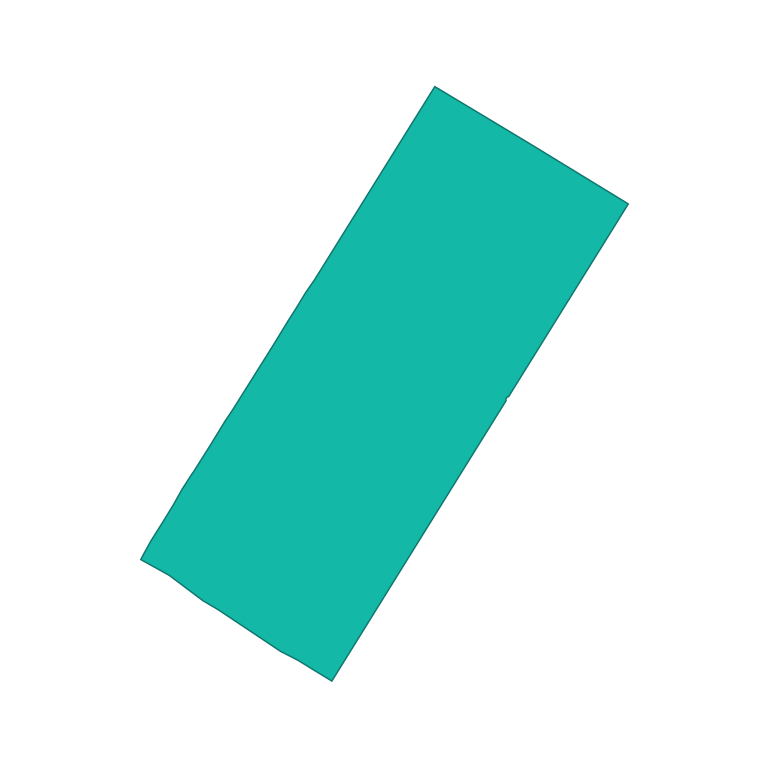 the district of Vadastrita, Olt, Romania, rotated 283°
{"feature_id": "2599482B28547583336437", "entity_name": "Vadastrita", "entity_type": "district", "adm_level": 2, "iso_a3": "ROU", "parent_name": "Romania", "parent_adm1": "Olt", "projection": "mercator", "projection_center": [24.238, 43.842], "detail": "fine", "context": "isolated", "style": "filled", "palette": "teal", "viewbox_px": 768, "rotation_deg": 283, "n_neighbors": 0, "source": "geoboundaries", "source_scale": "gbopen_adm2", "svg_char_len": 624}
<svg xmlns="http://www.w3.org/2000/svg" viewBox="0 0 768 768"><g transform="rotate(283 384 384)"><path d="M685.2,366.6L470.3,293.0L455.7,287.2L439.1,281.7L423.2,276.1L398.5,267.9L324.1,242.1L311.6,237.3L296.2,232.2L284.3,228.2L256.0,218.3L253.1,217.1L235.9,210.9L219.4,206.1L201.4,200.1L189.9,196.1L184.4,194.2L179.0,192.3L162.9,187.7L158.2,186.5L149.2,217.9L140.6,237.2L132.1,256.4L126.7,273.4L100.1,343.7L95.5,362.1L89.1,381.1L82.8,400.0L255.7,459.0L395.2,506.7L396.9,506.1L399.0,506.8L399.6,508.2L614.3,581.5L615.1,579.4L650.4,473.6L662.4,436.7L685.2,366.6Z" fill="#14b8a6" stroke="#0f766e" stroke-width="1.5"/></g></svg>